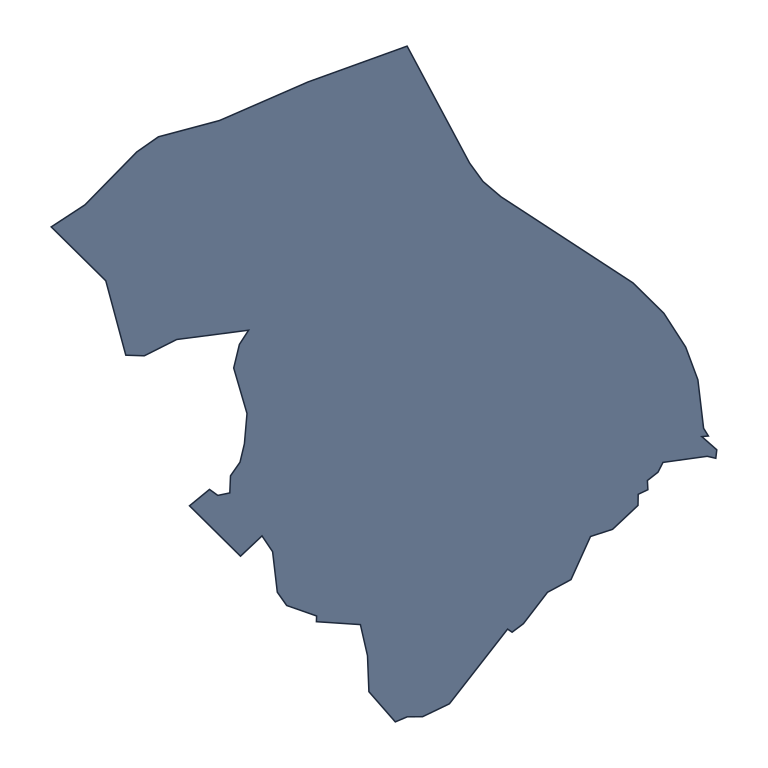 outline of Tallaght Central Lea-6, South Dublin, Ireland
{"feature_id": "5873133B96675921323266", "entity_name": "Tallaght Central Lea-6", "entity_type": "district", "adm_level": 2, "iso_a3": "IRL", "parent_name": "Ireland", "parent_adm1": "South Dublin", "projection": "orthographic", "projection_center": [-6.369, 53.294], "detail": "fine", "context": "isolated", "style": "filled", "palette": "slate", "viewbox_px": 768, "rotation_deg": 0, "n_neighbors": 0, "source": "geoboundaries", "source_scale": "gbopen_adm2", "svg_char_len": 883}
<svg xmlns="http://www.w3.org/2000/svg" viewBox="0 0 768 768"><path d="M51.2,226.9L105.8,280.8L125.8,355.2L144.3,355.8L176.7,339.5L248.6,330.2L239.4,344.4L233.7,368.0L247.0,413.5L244.4,443.8L240.0,462.2L230.5,475.8L229.8,492.9L217.8,495.4L209.5,489.4L189.5,505.8L240.5,556.2L262.0,535.9L272.6,551.7L277.3,592.2L286.7,605.5L316.6,616.0L316.4,621.7L360.4,624.6L367.5,655.7L368.9,691.7L395.3,721.9L407.3,716.8L422.6,716.7L449.4,703.8L507.6,629.1L512.1,632.2L523.4,623.7L547.5,592.3L571.0,579.6L590.5,536.5L612.6,529.3L638.0,505.4L638.2,494.3L647.9,489.7L647.4,480.5L658.0,472.2L663.0,462.4L707.2,456.3L715.8,458.3L716.8,449.8L701.8,436.6L708.4,436.0L703.6,428.3L697.9,379.8L685.7,347.1L663.9,313.3L633.0,282.9L501.0,196.8L483.0,181.5L469.6,163.1L407.1,46.1L308.1,81.9L219.5,120.5L158.4,136.8L136.8,151.9L85.0,204.8L51.2,226.9Z" fill="#64748b" stroke="#1e293b" stroke-width="1.5"/></svg>